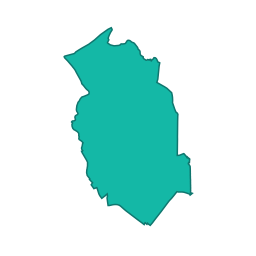 the district of Ciclova Romana, Caras-Severin, Romania, rotated 239°
{"feature_id": "2599482B12513068157947", "entity_name": "Ciclova Romana", "entity_type": "district", "adm_level": 2, "iso_a3": "ROU", "parent_name": "Romania", "parent_adm1": "Caras-Severin", "projection": "natural_earth1", "projection_center": [21.737, 44.976], "detail": "fine", "context": "isolated", "style": "filled", "palette": "teal", "viewbox_px": 256, "rotation_deg": 239, "n_neighbors": 0, "source": "geoboundaries", "source_scale": "gbopen_adm2", "svg_char_len": 5284}
<svg xmlns="http://www.w3.org/2000/svg" viewBox="0 0 256 256"><g transform="rotate(239 128 128)"><path d="M189.7,111.2L187.4,111.7L183.5,112.2L182.7,112.4L181.9,112.6L181.1,112.9L180.4,113.2L179.2,113.2L178.8,113.1L178.4,112.9L178.1,112.7L177.7,112.5L177.4,112.2L177.2,110.7L177.4,109.3L177.6,108.0L177.8,106.6L178.1,105.3L178.3,104.5L177.7,102.4L176.2,99.9L175.8,98.5L173.4,95.6L170.6,93.4L169.3,92.8L168.6,92.7L167.8,92.7L166.8,92.7L166.0,92.5L165.6,91.6L165.6,90.9L165.6,90.2L165.6,89.5L165.5,89.1L164.7,88.1L162.2,87.2L161.9,86.7L161.9,86.3L161.9,85.9L161.9,85.5L162.1,85.1L162.2,84.8L162.5,84.3L162.6,84.0L162.6,83.7L162.5,83.4L162.4,83.1L162.3,82.8L162.2,82.7L161.9,82.8L161.5,83.0L161.1,83.1L160.8,83.1L160.6,82.7L160.3,82.2L159.8,81.7L158.1,80.9L156.0,80.5L154.2,80.9L153.4,81.5L152.5,81.9L151.6,82.4L150.6,82.8L149.0,83.0L148.1,82.7L146.5,81.7L146.0,81.7L145.6,81.7L145.1,81.1L144.2,80.4L143.3,80.2L142.7,80.5L140.5,81.5L138.4,81.8L138.1,81.1L135.9,79.2L135.2,78.3L134.8,77.9L134.4,77.7L134.1,77.6L133.7,77.5L133.3,77.4L132.9,77.4L132.5,77.4L132.1,77.4L131.9,77.5L131.6,76.9L131.9,76.2L130.3,76.0L121.5,75.9L120.7,75.8L119.5,75.7L116.4,73.8L116.1,73.6L115.6,73.1L114.2,72.0L113.3,71.1L111.0,69.5L109.2,68.9L108.4,68.6L104.1,69.1L103.8,68.5L102.6,68.7L99.3,69.4L98.3,67.2L95.6,67.4L93.6,67.5L93.1,69.9L93.0,70.5L92.6,70.5L90.6,70.1L89.0,69.7L88.2,69.5L86.5,69.1L85.0,69.0L84.0,69.0L81.2,69.3L81.5,71.8L81.6,72.5L81.7,74.0L81.9,74.4L82.2,76.2L80.3,75.4L78.8,74.0L75.4,72.5L71.8,71.0L71.2,72.0L70.0,75.6L69.0,77.7L67.9,79.3L67.6,79.6L66.6,80.5L65.2,81.3L60.1,82.9L58.1,83.6L44.3,89.1L39.5,91.1L36.9,92.1L37.3,92.7L37.7,93.3L38.0,93.9L37.5,94.1L37.0,94.2L35.7,94.6L36.3,95.7L35.3,95.9L33.1,96.9L34.2,100.3L35.4,103.2L36.3,105.5L37.6,108.9L39.2,113.1L44.1,125.1L44.8,127.3L45.2,128.9L46.4,132.3L48.2,137.1L47.2,138.2L44.9,142.0L44.0,143.0L43.0,143.9L42.0,144.8L40.9,145.7L39.6,146.8L38.5,146.7L38.6,147.5L38.7,148.3L38.9,149.5L39.4,149.1L39.7,148.8L40.2,148.3L40.4,148.3L40.5,148.3L41.0,148.6L41.3,148.9L41.8,149.3L42.2,149.5L42.8,149.8L43.1,150.0L43.3,150.1L44.2,150.7L44.9,151.1L46.2,151.8L46.4,152.0L47.0,152.3L47.9,152.8L48.8,153.3L49.2,153.6L49.8,153.9L50.6,154.4L50.9,154.6L52.0,155.2L53.2,155.8L53.3,155.9L54.3,156.5L54.8,156.7L55.4,157.1L56.3,157.6L56.5,157.8L57.7,158.4L57.8,158.5L58.8,159.1L59.3,159.4L59.9,159.7L60.5,160.1L61.1,160.4L61.6,160.7L61.9,160.8L62.2,161.0L63.2,161.5L63.4,161.5L63.6,161.5L64.2,161.5L64.4,161.5L64.8,161.5L65.1,161.4L65.5,161.4L65.8,161.3L66.3,161.3L66.7,161.6L67.0,161.9L67.2,162.3L67.0,162.5L66.9,162.6L66.7,162.8L67.2,163.2L67.7,163.5L68.1,163.8L68.4,164.0L68.9,164.4L69.0,164.4L69.5,164.9L70.0,164.7L70.3,164.8L70.4,164.7L70.3,164.4L70.6,164.3L70.9,164.3L71.0,164.3L71.3,164.3L71.6,164.2L71.8,164.2L72.0,164.0L72.1,163.9L72.2,163.7L71.9,163.4L72.0,163.3L72.3,163.3L72.6,163.7L72.8,163.9L73.0,163.9L73.1,163.6L73.3,163.5L73.3,163.4L73.5,163.4L73.8,163.3L74.1,163.3L74.2,163.2L74.3,163.2L74.6,163.2L74.8,163.2L75.2,163.0L75.7,163.0L76.0,163.0L76.4,162.8L76.6,162.8L76.9,162.8L77.2,162.7L77.4,162.5L78.1,158.1L79.1,156.1L93.0,164.7L94.4,165.5L95.4,166.1L97.8,167.6L103.8,171.3L108.2,174.0L112.6,176.8L113.3,177.3L113.8,177.7L114.3,177.8L114.8,177.9L115.5,177.9L115.8,177.7L116.1,177.6L117.2,177.3L120.4,177.8L126.8,179.2L127.8,179.9L128.9,180.6L130.0,181.2L131.1,181.8L132.2,182.3L133.4,182.8L134.6,183.2L135.8,183.6L142.0,181.8L144.6,180.5L152.2,176.2L154.5,178.7L165.1,186.6L167.4,188.7L167.6,188.8L167.8,188.6L168.2,188.4L168.7,187.9L169.5,187.6L170.0,187.8L170.6,187.8L171.2,187.9L171.7,188.0L172.2,188.0L172.9,188.0L173.5,187.8L173.7,187.7L174.2,187.5L174.6,187.0L174.9,186.5L174.8,186.3L174.6,186.0L174.4,185.7L174.3,185.4L174.2,185.1L174.1,184.1L174.1,183.6L173.8,183.1L173.6,182.9L173.5,182.6L173.7,182.4L174.7,182.4L175.2,182.5L175.3,182.6L175.5,182.3L175.5,182.1L175.5,181.9L175.5,181.7L175.3,181.1L175.5,180.9L175.9,180.8L176.2,180.5L176.6,180.1L176.5,179.5L176.5,179.4L176.5,178.9L176.8,178.4L177.4,178.1L177.8,177.9L178.2,177.7L178.4,177.5L179.0,177.3L179.7,177.2L180.3,177.1L180.8,177.5L181.1,177.7L181.4,177.6L181.9,177.2L182.5,177.1L183.3,176.6L183.5,176.5L184.1,176.4L185.1,176.6L185.7,176.8L186.4,177.2L187.2,177.6L187.7,177.8L188.1,177.8L188.5,177.8L188.9,177.7L189.4,177.6L190.3,177.3L191.2,177.5L192.2,177.7L197.2,177.1L198.1,176.7L199.6,175.5L201.8,174.7L202.2,174.4L202.5,174.1L202.7,173.9L202.9,173.6L203.1,173.3L203.2,173.2L203.2,172.9L203.2,172.7L203.2,172.2L201.9,169.5L201.9,168.7L202.7,166.8L203.4,165.8L203.6,165.2L203.6,164.8L203.5,164.5L203.4,164.1L203.2,163.8L203.7,162.3L205.6,158.4L208.4,155.6L210.9,154.5L211.6,154.3L212.2,154.9L213.2,156.7L213.7,157.1L214.7,157.0L215.3,157.4L215.5,157.5L216.2,158.4L216.9,159.2L217.5,160.1L218.1,161.0L218.7,161.9L219.2,162.8L219.7,163.8L220.1,164.7L220.8,165.2L222.6,165.3L222.7,164.1L222.8,162.9L222.9,161.6L222.8,160.4L222.2,152.6L220.7,144.7L220.0,137.4L220.1,133.7L220.2,130.0L220.2,126.2L220.1,122.5L219.9,121.9L219.7,121.4L219.6,120.8L219.5,120.2L221.9,111.8L222.2,110.6L222.0,110.0L221.6,109.9L221.3,109.9L220.9,109.9L220.5,109.9L216.8,110.8L209.6,112.0L208.4,112.1L207.3,112.3L206.1,112.4L204.9,112.5L202.0,112.3L199.0,112.2L196.1,112.1L193.2,112.0L192.3,111.9L191.4,111.7L190.6,111.5L189.7,111.2Z" fill="#14b8a6" stroke="#0f766e" stroke-width="1.5"/></g></svg>